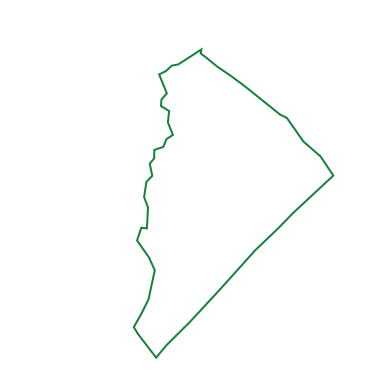 Diffa, Diffa, Niger, rotated 145°
{"feature_id": "23599985B49279802347692", "entity_name": "Diffa", "entity_type": "district", "adm_level": 2, "iso_a3": "NER", "parent_name": "Niger", "parent_adm1": "Diffa", "projection": "robinson", "projection_center": [12.611, 13.482], "detail": "fine", "context": "isolated", "style": "outline", "palette": "green", "viewbox_px": 384, "rotation_deg": 145, "n_neighbors": 0, "source": "geoboundaries", "source_scale": "gbopen_adm2", "svg_char_len": 754}
<svg xmlns="http://www.w3.org/2000/svg" viewBox="0 0 384 384"><g transform="rotate(145 192 192)"><path d="M102.6,303.4L130.1,304.4L136.2,307.1L143.8,306.0L151.5,307.1L156.0,287.3L164.0,285.2L168.1,280.2L164.3,271.5L171.9,262.7L174.9,249.7L182.6,250.0L189.6,245.4L198.7,248.1L203.8,241.2L210.4,239.4L215.2,228.1L223.6,226.4L234.2,215.2L236.8,204.8L245.5,193.5L249.9,188.1L253.9,191.8L257.0,189.6L264.8,183.8L264.8,183.2L264.8,162.9L267.4,149.2L289.2,129.0L303.9,121.0L317.2,114.7L317.7,106.3L316.4,76.9L300.9,81.1L268.8,86.7L227.7,95.5L173.7,108.0L141.1,113.0L121.3,116.8L66.8,124.4L66.3,147.3L71.8,169.6L71.8,198.3L75.4,204.8L88.4,249.4L94.6,267.7L99.2,279.5L103.4,294.4L105.4,300.4L102.6,303.4Z" fill="none" stroke="#15803d" stroke-width="2"/></g></svg>